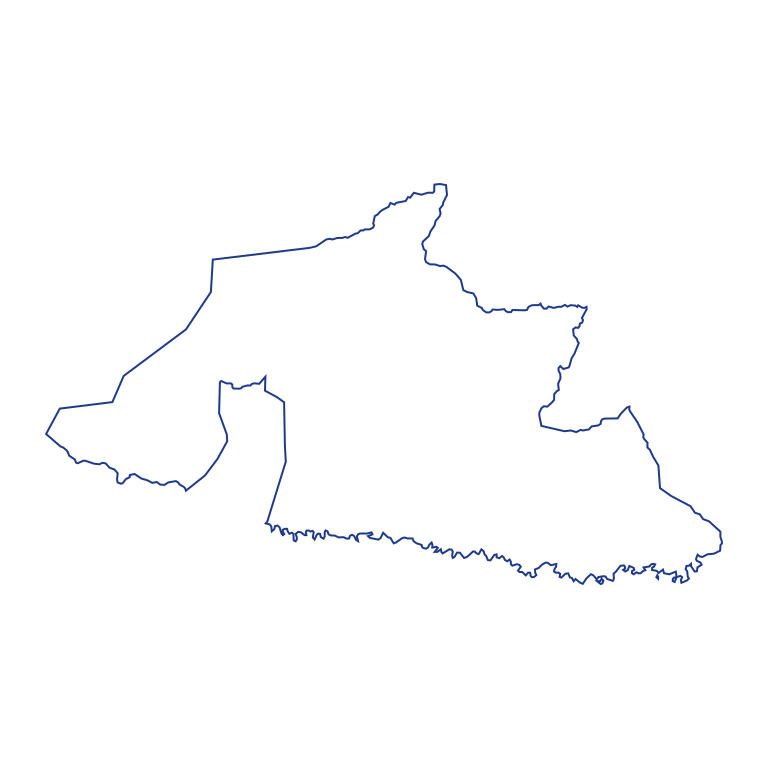 the district of Brasiléia, Acre, Brazil
{"feature_id": "56859067B75567329217000", "entity_name": "Brasiléia", "entity_type": "district", "adm_level": 2, "iso_a3": "BRA", "parent_name": "Brazil", "parent_adm1": "Acre", "projection": "orthographic", "projection_center": [-69.109, -10.703], "detail": "fine", "context": "isolated", "style": "outline", "palette": "blue", "viewbox_px": 768, "rotation_deg": 0, "n_neighbors": 0, "source": "geoboundaries", "source_scale": "gbopen_adm2", "svg_char_len": 6116}
<svg xmlns="http://www.w3.org/2000/svg" viewBox="0 0 768 768"><path d="M265.7,523.4L269.7,524.4L271.3,526.5L271.8,531.3L274.3,529.1L275.1,526.0L277.6,525.6L279.6,527.4L281.5,533.5L282.9,535.2L284.3,534.0L282.9,532.2L282.8,529.8L284.5,528.9L287.0,528.8L287.7,531.3L289.4,533.8L291.9,532.7L293.4,534.0L293.7,540.4L295.6,541.3L296.8,539.4L296.8,537.2L295.6,533.9L298.3,531.8L301.0,532.4L304.5,535.1L306.4,535.1L305.8,532.6L306.5,530.6L308.6,530.5L310.4,531.5L312.6,530.9L313.7,532.2L312.8,537.4L314.6,539.5L316.7,534.9L318.1,533.6L320.1,533.9L320.8,537.0L323.6,538.7L324.7,536.5L324.7,532.2L325.6,530.5L327.6,531.4L328.5,534.2L330.5,535.4L334.9,535.6L338.6,537.4L343.7,537.2L346.5,538.6L349.1,538.5L350.0,535.8L352.0,534.8L354.0,535.9L356.2,540.0L358.0,541.1L356.9,536.5L357.9,534.5L359.9,533.5L367.0,533.5L371.5,532.4L372.4,534.4L368.0,536.1L369.9,537.9L378.5,539.6L380.5,538.1L383.2,532.8L387.8,537.2L390.4,537.9L393.7,543.3L396.0,542.5L402.1,538.2L404.5,537.5L407.4,538.4L412.6,538.5L413.6,541.2L416.6,543.3L421.6,544.9L422.3,547.4L424.2,548.3L426.5,548.6L428.1,547.3L429.4,544.6L431.6,542.6L432.4,544.8L432.3,547.6L436.3,546.8L437.8,547.9L434.7,551.9L437.3,551.9L440.9,549.3L441.3,551.8L442.7,553.4L449.4,549.3L451.6,549.6L452.8,551.6L452.1,556.0L452.8,557.9L454.5,556.9L457.1,552.6L459.9,552.7L464.1,558.0L467.2,556.8L473.1,551.4L474.9,551.7L476.6,553.4L478.7,554.1L481.4,549.4L483.7,551.3L484.5,554.3L486.2,556.0L487.9,560.1L490.4,560.4L494.3,554.9L496.6,554.4L496.6,557.3L499.2,558.2L502.1,556.0L503.8,557.5L504.8,559.8L507.2,561.3L509.6,559.5L510.8,561.6L510.9,564.2L512.3,565.7L517.0,564.2L519.3,564.9L520.8,566.7L518.0,570.6L519.4,572.0L522.2,572.0L525.8,575.4L528.2,572.6L530.2,572.8L530.6,575.8L531.8,577.2L534.2,576.9L536.3,575.1L535.2,572.7L534.9,569.5L538.8,567.9L542.0,564.6L545.6,562.6L547.7,562.8L550.9,565.2L556.3,564.0L556.1,566.7L554.6,568.9L554.0,571.5L555.8,572.7L558.5,572.7L560.2,573.8L559.6,576.9L561.3,577.6L565.5,573.7L568.2,573.4L569.9,577.4L571.8,577.9L573.7,581.2L575.5,579.0L580.3,582.8L582.8,583.8L586.2,578.7L590.9,574.2L593.4,575.4L596.7,579.4L598.4,577.1L603.2,576.2L605.4,576.5L607.1,578.9L612.8,580.9L613.9,578.7L613.6,573.6L615.9,571.7L620.4,565.8L623.9,565.4L625.0,566.8L625.1,568.6L623.1,569.9L625.3,571.5L627.7,570.1L629.4,566.0L633.7,567.9L634.3,569.9L632.0,571.1L632.0,573.2L633.6,574.3L636.5,572.3L639.0,573.4L640.7,573.2L642.6,571.3L645.3,570.2L643.6,567.4L649.3,566.5L650.9,564.6L652.7,563.9L655.1,564.3L654.1,566.6L652.2,567.6L652.1,570.0L656.7,570.8L658.6,572.9L663.0,569.6L664.0,573.2L669.3,574.3L675.8,571.6L676.6,577.2L680.3,575.9L682.2,577.2L680.9,580.1L681.4,582.8L686.9,580.5L688.9,578.6L687.8,576.9L687.2,571.3L685.6,569.0L686.6,565.9L689.1,565.7L691.0,563.8L691.2,566.4L694.6,571.5L696.9,571.3L697.5,567.3L701.6,564.8L700.5,562.5L696.8,560.8L696.0,559.0L697.6,554.7L699.8,556.5L702.6,556.9L707.5,554.3L713.8,553.7L720.1,550.7L720.5,545.0L721.9,543.5L721.9,541.5L720.4,536.9L720.4,531.7L709.0,521.3L703.1,519.1L699.8,514.3L694.9,512.7L690.6,506.3L671.0,495.9L660.0,488.1L658.4,465.5L653.2,456.9L649.8,449.6L647.4,447.5L647.5,442.7L644.0,438.8L643.2,437.0L643.7,434.6L637.4,422.2L629.9,411.1L629.2,409.1L629.5,406.7L627.0,407.4L621.1,413.4L617.6,418.4L604.4,418.6L602.1,419.4L601.0,421.2L600.7,423.8L598.3,425.4L591.6,426.4L589.0,429.4L582.8,430.5L580.6,429.9L576.3,432.1L570.9,430.5L564.4,431.2L541.4,425.9L539.2,414.9L539.5,412.1L541.6,408.0L543.9,406.3L547.4,406.6L552.3,402.1L554.1,399.8L554.2,394.2L556.8,391.2L558.8,390.0L558.1,383.7L560.3,378.8L560.5,376.9L560.2,374.0L558.5,370.5L558.6,367.9L560.3,366.1L563.3,369.0L568.7,367.4L569.6,365.6L571.6,358.2L574.3,354.0L578.8,343.0L577.4,341.0L577.1,339.2L573.8,335.5L573.1,329.3L575.6,327.4L578.1,327.9L579.5,326.2L579.9,323.6L582.2,322.6L583.0,320.1L581.9,318.0L586.7,309.2L586.5,306.9L584.4,307.9L582.0,307.6L578.2,305.3L577.2,306.9L575.4,305.6L570.5,305.2L567.4,306.6L565.0,304.9L561.0,306.9L558.7,306.7L553.7,307.9L548.6,306.5L546.6,308.6L543.8,308.6L541.4,305.8L540.5,303.6L538.7,305.1L532.1,305.2L530.2,306.0L528.5,306.9L527.0,309.9L524.7,310.3L512.4,310.0L511.1,312.1L507.7,312.1L505.7,311.0L504.3,309.2L497.7,309.9L492.6,309.5L491.4,311.2L489.3,312.4L486.3,312.4L482.8,310.0L482.0,308.1L477.2,305.6L476.2,298.2L473.3,293.4L467.1,292.0L463.3,290.1L460.9,280.0L455.4,273.6L446.6,267.0L443.4,265.6L440.1,266.1L435.4,264.5L429.8,264.3L426.0,262.0L425.0,259.1L426.1,251.2L423.8,249.2L422.3,244.2L422.9,241.6L428.9,236.0L430.4,231.5L434.5,225.5L435.6,221.0L439.6,216.2L440.6,213.5L439.6,209.0L442.7,205.2L443.4,202.2L447.0,195.0L446.0,185.1L439.9,184.0L434.4,184.6L434.2,191.5L432.8,192.8L428.0,192.7L421.4,194.7L413.9,192.8L410.1,197.7L408.1,197.0L405.7,201.0L396.3,202.8L394.7,204.6L390.4,203.0L388.6,206.8L382.5,209.9L379.5,212.2L377.8,214.4L374.8,216.1L373.2,223.6L374.1,225.3L373.0,227.7L369.6,229.4L364.8,229.4L363.1,230.5L360.6,230.4L357.9,233.1L355.2,233.7L347.7,237.8L345.3,237.0L342.3,237.9L337.0,238.0L332.5,239.5L329.9,238.8L326.4,239.4L316.2,246.3L309.4,247.9L212.8,259.6L210.9,292.0L186.0,329.4L123.7,375.9L112.4,402.1L59.8,408.6L46.1,434.0L60.4,446.4L63.2,447.5L66.3,450.1L67.5,451.4L69.2,455.7L74.9,459.5L76.0,462.6L77.9,463.2L83.1,460.8L85.2,460.7L93.7,463.6L99.3,464.3L102.4,462.8L105.7,463.4L109.4,467.6L114.6,469.6L117.7,473.3L117.0,479.5L117.6,482.4L120.6,483.7L122.7,483.2L125.9,479.1L129.7,477.2L129.8,475.0L134.6,474.0L141.3,478.5L147.7,480.4L152.3,482.9L156.7,482.0L160.3,484.6L164.4,484.9L168.4,482.4L175.9,481.1L178.0,482.3L179.6,484.5L183.8,486.9L185.3,488.6L185.9,490.7L205.0,475.5L217.5,458.9L227.2,441.3L226.8,434.5L219.1,413.2L219.9,382.2L221.2,381.0L226.5,383.4L230.8,383.4L232.3,384.5L232.3,387.0L233.4,388.5L239.3,388.7L241.0,388.3L242.4,386.8L247.6,385.4L250.2,385.6L251.8,384.0L254.2,383.3L259.2,383.8L265.4,376.7L265.0,390.7L277.1,397.2L284.1,402.3L284.9,446.0L285.8,461.6L267.3,521.6L265.7,523.4ZM602.4,583.4L603.4,580.8L601.6,578.7L600.4,581.1L597.1,581.2L600.7,584.0L602.4,583.4ZM676.6,577.2L674.3,577.5L672.9,578.7L672.7,581.1L674.6,582.0L676.6,577.2ZM658.2,577.0L657.3,575.3L656.4,577.2L658.1,578.8L658.2,577.0Z" fill="none" stroke="#1e3a8a" stroke-width="2"/></svg>